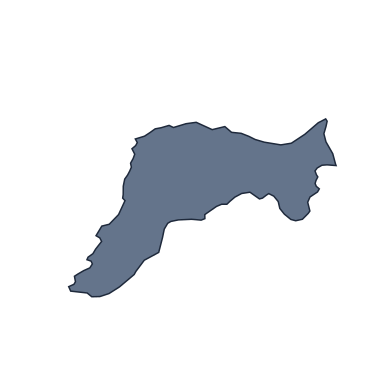 the district of Mbrès, Nana-Grébizi, Central African Republic, rotated 244°
{"feature_id": "33826404B55944816658840", "entity_name": "Mbrès", "entity_type": "district", "adm_level": 2, "iso_a3": "CAF", "parent_name": "Central African Republic", "parent_adm1": "Nana-Grébizi", "projection": "robinson", "projection_center": [19.821, 6.988], "detail": "fine", "context": "isolated", "style": "filled", "palette": "slate", "viewbox_px": 384, "rotation_deg": 244, "n_neighbors": 0, "source": "geoboundaries", "source_scale": "gbopen_adm2", "svg_char_len": 1539}
<svg xmlns="http://www.w3.org/2000/svg" viewBox="0 0 384 384"><g transform="rotate(244 192 192)"><path d="M156.1,39.5L147.2,53.5L141.8,56.0L138.4,63.4L137.1,72.9L138.5,85.2L143.2,103.9L145.2,106.7L151.6,119.2L152.3,135.6L163.7,145.3L170.8,150.8L174.5,156.4L174.8,160.1L172.9,167.5L167.7,179.6L165.5,183.3L162.7,187.9L162.4,191.9L166.1,193.6L168.3,207.7L168.0,213.3L165.7,218.0L167.0,222.0L168.6,228.3L168.9,236.0L166.4,244.0L156.2,249.6L155.6,252.7L156.6,257.6L156.9,260.3L152.4,263.7L145.6,265.3L138.7,263.7L131.6,265.3L124.0,268.8L120.7,272.6L119.1,279.3L121.8,287.0L123.2,289.6L132.1,291.5L135.8,295.9L137.0,304.8L139.0,307.8L142.6,306.2L145.7,306.4L148.0,308.5L150.4,311.7L152.9,311.4L157.0,311.8L158.7,315.1L159.1,320.5L157.2,325.3L152.6,333.1L154.5,333.3L164.7,335.3L178.4,334.4L186.6,336.1L192.2,341.2L196.4,344.5L199.1,344.2L198.9,335.8L194.4,318.7L192.3,302.7L195.4,292.5L205.1,278.8L211.5,271.8L217.1,267.5L223.2,261.9L228.3,253.7L236.4,250.2L239.2,237.5L252.8,226.3L256.0,216.6L258.1,203.6L261.9,200.6L263.3,192.4L264.9,186.6L263.8,180.1L263.0,173.8L264.5,164.3L260.4,164.5L258.4,161.7L257.2,157.0L251.1,157.1L247.9,153.8L244.8,149.4L240.9,148.4L238.3,145.4L235.5,141.6L233.1,137.2L227.4,132.8L219.8,129.0L216.9,127.0L213.6,128.0L211.0,124.8L203.9,116.1L199.3,103.5L200.9,96.0L194.8,86.6L191.2,89.0L187.2,89.1L182.9,80.3L180.0,75.9L179.0,70.0L177.2,67.9L174.1,71.0L171.0,70.9L168.6,66.9L168.8,60.2L168.3,53.5L167.8,49.4L162.4,47.9L160.8,45.4L161.0,39.7L156.1,39.5Z" fill="#64748b" stroke="#1e293b" stroke-width="1.5"/></g></svg>